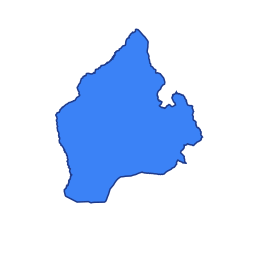 the district of Iringa, Iringa, United Republic of Tanzania, rotated 300°
{"feature_id": "72390352B92646008536074", "entity_name": "Iringa", "entity_type": "district", "adm_level": 2, "iso_a3": "TZA", "parent_name": "United Republic of Tanzania", "parent_adm1": "Iringa", "projection": "robinson", "projection_center": [35.361, -7.564], "detail": "fine", "context": "isolated", "style": "filled", "palette": "blue", "viewbox_px": 256, "rotation_deg": 300, "n_neighbors": 0, "source": "geoboundaries", "source_scale": "gbopen_adm2", "svg_char_len": 5824}
<svg xmlns="http://www.w3.org/2000/svg" viewBox="0 0 256 256"><g transform="rotate(300 128 128)"><path d="M117.7,62.7L113.5,61.2L113.2,61.2L113.2,60.8L112.6,60.9L112.1,60.5L111.1,60.5L109.9,60.0L109.1,60.5L108.2,60.3L107.3,60.6L105.7,59.0L104.7,59.2L103.5,58.9L102.6,59.4L102.3,60.5L101.3,61.3L100.8,61.9L99.5,62.2L99.0,62.0L98.6,62.6L98.0,62.9L97.3,64.0L96.3,64.3L95.9,64.3L94.0,66.4L93.2,66.3L92.6,66.6L92.0,67.3L90.3,68.5L89.9,69.6L88.4,71.2L87.1,71.5L86.4,72.1L86.3,72.6L85.6,72.7L85.3,73.8L84.1,74.4L83.1,74.5L82.5,74.8L81.5,75.8L81.0,76.0L80.8,77.2L80.4,78.0L79.6,78.5L79.8,79.2L78.7,81.7L77.6,83.2L77.6,83.6L77.0,83.5L76.7,83.7L76.6,84.6L76.1,85.4L75.6,85.2L75.3,86.3L75.3,87.1L75.0,87.5L73.7,88.5L73.6,88.8L73.8,88.9L73.8,89.1L72.4,90.2L71.4,90.6L70.9,91.7L69.2,92.2L68.9,91.8L68.7,91.8L68.4,92.3L68.4,92.9L67.4,93.6L66.4,93.9L65.9,94.3L66.0,94.8L65.4,96.1L65.2,96.3L64.4,96.1L64.3,96.7L63.8,97.1L63.9,98.1L63.7,98.5L62.8,98.5L61.7,98.9L61.3,99.3L60.9,99.3L60.5,100.3L59.6,101.1L59.4,101.4L59.5,102.3L59.3,102.7L58.9,102.7L58.6,102.2L58.4,102.5L58.0,102.4L57.8,102.6L57.3,102.4L55.8,103.2L54.7,103.2L54.4,103.5L54.1,103.2L53.1,102.9L52.6,103.6L51.9,103.5L51.3,104.1L50.4,104.0L48.6,104.7L48.1,103.9L47.6,104.3L47.4,103.8L47.2,103.7L45.1,104.6L44.6,104.1L44.0,104.2L42.9,103.7L42.4,103.8L42.0,104.3L41.4,104.4L39.6,106.1L38.1,107.6L37.8,108.4L38.4,120.9L44.5,130.6L44.7,133.4L45.5,134.2L46.7,135.8L52.0,144.6L53.2,145.3L55.2,145.2L58.2,144.6L60.6,144.3L66.2,143.0L71.5,143.9L74.0,143.9L77.0,144.2L79.3,144.8L81.7,145.9L82.3,146.4L83.4,148.1L85.0,150.0L88.0,154.6L89.8,156.1L91.6,158.0L94.0,159.7L96.9,162.3L96.9,163.3L97.3,164.2L97.5,165.2L98.0,165.9L98.4,167.2L99.1,168.0L99.5,169.5L100.1,170.2L100.3,170.9L101.0,172.2L101.8,174.4L102.1,174.7L102.9,176.7L103.0,177.5L103.6,178.3L104.1,179.6L104.7,180.1L105.2,181.3L105.6,181.5L106.3,182.3L108.4,182.8L110.4,183.7L113.9,186.0L115.5,186.4L117.2,187.7L119.3,188.0L120.3,187.9L121.0,188.2L122.2,187.3L122.7,187.2L125.0,187.1L125.2,187.7L125.0,189.2L125.4,190.4L125.3,191.0L125.5,192.1L125.2,193.2L125.8,193.7L126.1,195.0L126.5,195.8L126.9,195.3L127.2,193.8L129.3,192.6L130.0,191.6L131.5,190.9L132.0,189.1L132.3,188.6L132.6,186.7L132.9,186.0L134.7,185.4L135.3,185.8L135.9,185.9L136.8,186.4L137.5,186.2L138.0,186.5L138.6,186.5L140.1,186.0L141.2,185.2L141.6,186.1L142.8,187.2L143.9,187.3L144.1,187.5L144.3,189.3L144.6,189.7L144.8,190.7L145.4,192.0L145.3,192.9L145.7,193.6L147.6,193.9L148.2,194.3L150.1,194.7L151.7,195.9L153.8,197.1L154.8,197.1L155.1,196.7L155.8,196.8L156.3,196.6L156.8,196.6L157.4,197.0L158.0,195.8L158.2,195.0L159.4,193.8L160.1,193.9L160.4,193.6L161.1,193.3L161.7,192.0L162.4,191.6L163.4,189.2L163.2,189.2L163.0,188.7L163.3,186.8L164.2,186.1L164.5,185.4L165.3,185.1L165.5,184.6L167.1,184.0L167.7,181.9L167.5,180.9L168.1,180.0L170.8,178.6L171.1,177.6L171.7,177.1L173.0,177.0L174.2,176.5L175.1,176.6L175.6,175.7L176.6,174.9L177.1,173.9L177.5,173.6L179.1,173.1L179.2,172.5L179.0,172.1L179.1,171.8L178.1,169.9L177.8,168.1L179.1,166.4L179.7,166.0L180.4,164.9L180.8,165.0L181.3,164.5L182.2,162.1L183.0,161.8L183.5,160.2L183.9,159.7L184.0,159.2L183.6,158.6L183.7,158.2L183.7,157.9L183.3,157.6L183.6,156.9L183.3,155.7L183.4,155.3L182.9,154.8L182.9,153.7L182.7,153.8L182.7,153.3L182.3,153.1L183.3,151.9L182.3,152.0L182.1,151.7L181.4,151.7L180.5,151.5L180.2,150.8L179.3,150.2L179.1,150.2L179.0,150.6L178.6,150.4L177.8,150.9L177.5,150.7L176.8,151.0L176.5,150.8L176.0,151.0L173.5,154.5L173.1,156.2L171.7,157.6L171.1,157.1L169.5,156.4L168.5,155.5L168.4,154.4L168.9,153.3L168.8,151.7L168.0,151.5L166.6,150.6L166.1,150.7L164.6,150.4L164.0,149.9L163.5,150.1L163.3,149.9L163.2,149.4L163.4,149.0L163.3,148.5L162.9,147.9L163.0,147.1L162.5,146.8L162.8,145.0L162.7,144.4L163.0,144.0L163.3,144.0L165.1,144.7L167.5,144.4L167.6,143.9L167.4,143.5L167.7,142.7L167.3,142.0L167.0,142.0L166.9,141.6L167.2,140.8L167.5,140.7L167.3,140.5L167.5,140.0L168.2,139.4L168.3,139.1L169.5,138.8L170.4,137.5L170.6,137.7L171.0,137.0L171.6,136.6L172.7,136.1L174.4,135.8L175.7,135.9L176.0,136.1L178.1,136.7L178.4,136.5L179.4,136.6L179.8,136.3L181.4,136.5L182.9,136.8L184.2,137.7L186.1,137.0L188.2,134.9L189.1,133.9L191.1,128.8L190.5,125.8L189.7,125.0L189.6,124.7L190.2,124.0L191.8,123.3L192.3,122.8L192.1,120.9L193.0,119.0L193.2,117.7L193.0,117.2L193.4,116.4L194.7,115.7L195.0,115.2L195.0,114.6L198.0,112.2L198.4,111.4L199.8,110.5L200.6,110.3L201.9,108.8L203.3,106.7L204.8,105.9L208.1,104.7L209.6,103.8L212.6,102.4L213.4,101.3L215.4,96.8L215.7,95.2L217.6,89.7L218.2,87.5L217.9,87.1L217.9,86.3L217.4,85.5L217.1,85.3L215.4,86.1L214.7,85.9L214.1,85.3L213.6,85.2L213.2,84.9L213.2,84.0L212.4,84.0L210.3,83.2L209.9,83.5L209.3,83.4L208.7,83.1L207.5,83.2L206.8,83.9L206.1,83.1L204.5,82.5L203.0,82.6L201.3,83.1L199.0,84.2L198.2,84.2L196.3,82.4L193.4,82.0L192.0,81.0L191.2,81.4L190.6,81.4L189.3,79.9L188.5,79.8L188.1,79.3L187.2,79.6L186.6,79.0L185.3,79.9L184.6,79.9L184.3,80.2L184.0,79.9L183.5,80.0L183.8,79.5L183.7,79.4L183.2,80.0L182.7,79.8L182.4,80.0L182.2,79.7L181.7,80.0L181.6,79.3L181.0,79.6L180.5,79.4L180.2,79.9L180.0,79.4L179.5,79.7L179.2,79.4L178.7,79.5L178.4,79.1L178.0,79.4L177.1,78.8L176.4,78.9L175.6,78.4L175.1,78.4L174.9,77.7L174.3,77.7L174.1,77.1L173.8,77.1L173.5,77.5L172.8,76.8L171.5,76.5L170.3,75.6L168.6,73.5L167.9,73.8L166.9,73.4L166.2,73.6L165.6,72.7L164.2,72.7L163.2,71.4L162.6,71.2L162.4,70.7L158.9,71.8L158.6,71.2L158.8,70.7L157.3,70.2L156.3,69.0L155.6,66.5L154.7,65.1L153.8,64.8L152.8,65.3L152.2,65.3L151.7,64.4L150.8,64.2L150.5,63.6L150.1,63.4L148.7,63.8L147.8,63.0L147.4,62.9L142.9,64.0L141.9,63.7L139.8,63.7L139.1,64.0L138.2,63.7L137.5,63.8L135.3,66.4L134.8,67.6L133.6,68.3L133.0,68.3L132.7,69.4L131.9,69.9L129.8,69.0L128.8,68.4L125.4,68.3L124.2,67.1L123.2,66.8L122.6,66.0L121.3,65.2L120.6,64.2L118.3,63.3L117.7,62.7Z" fill="#3b82f6" stroke="#1e3a8a" stroke-width="1.5"/></g></svg>